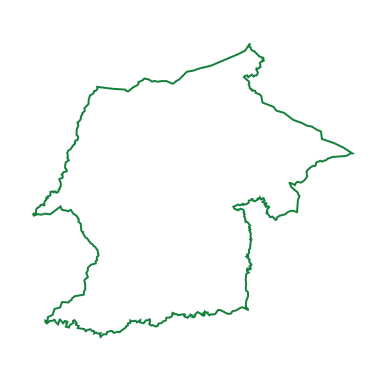 outline of Majune, Niassa, Mozambique, rotated 185°
{"feature_id": "85939544B16952446601864", "entity_name": "Majune", "entity_type": "district", "adm_level": 2, "iso_a3": "MOZ", "parent_name": "Mozambique", "parent_adm1": "Niassa", "projection": "orthographic", "projection_center": [36.348, -13.329], "detail": "fine", "context": "isolated", "style": "outline", "palette": "green", "viewbox_px": 384, "rotation_deg": 185, "n_neighbors": 0, "source": "geoboundaries", "source_scale": "gbopen_adm2", "svg_char_len": 5968}
<svg xmlns="http://www.w3.org/2000/svg" viewBox="0 0 384 384"><g transform="rotate(185 192 192)"><path d="M35.7,244.5L45.0,249.4L54.8,253.1L67.2,256.2L68.7,263.2L69.3,263.7L73.0,264.8L78.2,267.6L83.3,268.1L88.5,270.3L97.5,272.7L107.2,278.9L115.2,280.4L118.1,283.9L129.1,287.1L130.0,288.3L131.2,293.5L133.8,295.5L137.0,296.1L137.8,298.2L139.7,298.6L140.7,298.1L141.4,299.4L142.1,299.3L142.3,300.1L143.4,300.3L144.1,303.0L145.0,304.1L144.4,305.2L144.9,307.0L150.3,310.9L149.3,312.2L147.1,312.9L146.0,311.3L142.6,314.2L140.8,312.4L139.5,313.6L138.2,313.6L137.2,314.9L136.8,316.9L138.6,319.4L138.0,319.8L138.3,320.8L137.0,320.7L135.8,321.5L135.2,322.9L134.7,322.9L135.7,326.7L132.3,328.9L133.3,329.3L133.3,330.3L132.3,331.1L133.3,332.2L134.2,332.0L137.2,333.3L142.4,337.8L144.1,338.1L145.7,339.4L146.3,341.2L147.7,341.7L147.8,342.9L147.2,344.0L147.6,344.3L151.4,337.5L157.4,333.7L184.3,319.4L194.9,315.9L201.6,312.9L207.5,311.4L214.7,302.9L217.3,301.2L219.8,298.5L221.2,298.3L227.3,300.3L232.2,299.8L235.3,298.9L239.0,299.3L241.4,298.5L245.1,300.4L249.3,300.9L251.1,298.9L254.9,296.8L254.7,295.1L255.5,293.9L259.9,291.0L264.1,286.8L266.0,286.8L267.4,288.2L280.7,287.9L295.6,288.5L295.2,286.2L296.8,284.4L298.3,284.1L298.8,281.6L302.0,279.2L303.0,275.0L302.7,270.7L306.4,266.3L306.0,263.2L308.0,261.2L308.0,259.7L309.4,257.3L309.0,255.9L309.9,253.4L312.2,251.1L311.0,248.3L312.3,244.2L312.0,238.8L310.5,237.6L310.1,235.5L310.8,233.7L312.3,233.3L313.1,232.1L312.7,229.9L314.1,228.7L316.8,223.9L318.8,222.5L319.7,220.1L318.7,216.6L319.2,215.0L317.5,212.9L320.4,210.4L320.7,206.2L320.4,204.7L318.8,203.3L318.5,201.8L322.0,200.4L322.4,198.9L323.4,197.9L322.5,197.2L322.0,195.6L322.5,194.6L325.2,193.5L325.2,192.5L323.5,189.7L323.3,185.8L324.3,184.7L324.0,183.4L325.0,182.6L325.1,180.7L326.1,179.9L327.2,179.4L327.9,180.6L329.4,180.4L329.9,179.6L330.9,180.5L333.1,179.6L332.8,176.5L333.7,175.5L335.3,175.1L335.2,173.3L335.7,172.9L336.6,173.4L336.6,171.4L337.8,170.2L338.4,166.9L337.9,166.0L338.8,165.7L339.8,166.5L341.8,165.8L342.1,164.5L345.4,161.9L345.8,159.4L345.4,158.1L346.0,156.8L346.8,156.3L347.7,156.8L348.3,155.8L347.4,154.7L344.0,156.4L339.9,156.3L336.8,157.6L331.3,157.4L321.7,166.1L320.4,163.4L319.2,162.7L315.5,162.6L314.5,162.0L312.9,162.4L311.7,163.5L310.9,163.4L308.8,160.4L304.1,157.6L303.8,156.3L302.4,155.1L302.6,152.6L300.1,150.7L298.9,143.9L297.8,142.7L296.9,142.6L296.8,140.9L294.1,137.4L292.5,136.8L288.9,132.5L286.1,130.9L285.5,129.7L283.8,128.9L281.1,125.9L279.6,120.4L280.9,119.1L281.1,117.0L280.6,115.7L281.8,114.9L281.7,112.4L286.1,110.9L289.1,107.6L289.0,104.5L290.3,102.2L288.3,98.2L291.1,95.5L291.6,93.8L290.6,92.3L289.8,85.6L290.9,83.7L290.9,80.3L299.8,77.9L302.2,75.6L302.6,73.9L304.0,73.1L305.5,71.2L311.9,71.0L313.3,65.5L318.8,63.5L320.2,57.4L324.7,54.7L324.6,51.7L325.4,50.8L326.9,51.1L326.6,49.4L325.0,48.5L322.1,51.3L320.3,51.4L317.8,52.7L316.5,50.6L313.9,48.5L312.7,53.2L312.1,53.4L309.0,50.0L307.5,52.4L305.0,52.0L304.6,51.3L305.9,50.0L305.2,48.4L305.9,46.8L302.8,46.3L302.1,48.8L298.8,51.2L299.3,53.3L297.8,54.1L295.5,51.2L296.2,50.6L295.7,49.3L293.3,48.7L293.9,46.5L287.4,46.0L285.7,44.1L284.4,45.2L281.5,46.4L280.5,46.1L279.7,44.9L277.8,45.0L277.1,44.2L277.2,42.6L275.1,43.6L273.9,42.8L270.7,43.3L271.2,42.0L270.5,39.7L267.7,42.6L265.4,42.6L264.5,43.2L264.5,44.9L261.4,46.4L259.0,46.4L258.4,45.3L257.3,44.9L253.9,46.3L251.8,46.0L251.0,47.2L246.2,51.2L245.7,52.8L244.3,53.5L244.3,55.6L242.3,56.0L242.3,58.5L241.5,57.9L236.9,58.8L235.6,57.3L232.4,59.8L232.6,57.7L228.7,57.0L226.8,60.1L224.7,60.3L223.6,61.4L222.9,61.4L222.5,58.8L223.1,56.7L220.9,55.4L219.7,56.0L216.2,54.8L214.4,55.8L213.9,57.9L210.9,58.8L209.3,60.7L206.8,61.7L206.5,64.5L202.6,65.2L201.8,65.9L200.6,68.0L201.2,69.1L200.5,70.0L198.0,68.8L196.2,68.9L195.4,68.1L189.2,69.6L188.3,69.0L189.0,68.0L188.7,67.4L185.5,66.3L184.4,67.8L183.2,68.2L182.8,69.8L181.2,69.0L180.7,67.4L179.1,67.4L178.1,68.7L178.9,69.5L175.9,72.9L172.0,71.1L171.1,71.6L171.3,70.4L170.3,70.5L169.6,69.7L168.6,71.0L169.4,72.8L168.9,74.0L168.3,73.2L165.9,73.4L165.8,72.3L163.9,70.7L162.5,71.9L160.7,71.7L158.3,72.4L155.8,76.7L153.3,76.8L145.7,73.7L142.7,74.2L141.3,76.8L137.7,77.9L133.0,81.3L130.9,81.4L126.1,79.5L126.0,80.2L128.4,82.1L128.5,88.2L127.0,93.3L127.6,97.2L129.4,98.5L130.0,100.0L130.1,105.6L130.9,109.1L130.8,114.7L130.2,115.7L128.5,116.6L130.4,118.3L130.5,119.7L129.5,119.6L129.5,120.4L128.5,119.8L126.9,120.2L126.9,121.3L127.7,121.6L128.2,122.9L127.7,123.7L126.9,123.8L126.4,124.9L128.7,127.3L129.1,128.6L128.6,129.5L130.1,130.7L130.4,132.5L131.5,131.8L132.3,132.4L131.5,133.3L131.6,134.5L130.8,134.5L129.8,136.6L130.3,139.4L129.3,140.7L129.2,148.7L128.6,149.4L129.9,150.1L129.1,151.2L129.9,152.6L129.8,156.1L130.6,156.8L130.6,157.9L131.5,158.5L130.5,159.7L131.9,160.7L131.3,161.6L132.2,162.4L131.3,163.8L133.7,166.4L135.3,167.4L136.1,166.9L137.0,171.3L137.8,171.7L138.0,174.0L137.6,174.4L138.7,175.6L138.2,176.4L139.2,178.7L142.2,179.6L144.4,177.8L144.9,178.5L145.6,178.2L148.3,179.0L149.5,180.9L144.9,183.5L143.2,183.0L141.6,183.9L140.1,183.6L140.1,184.6L138.4,184.2L136.5,184.8L134.7,186.1L134.6,188.3L132.3,189.1L132.0,190.2L130.9,190.2L130.4,188.7L128.7,188.2L125.6,190.4L126.1,190.9L125.4,191.7L124.0,191.7L123.8,192.4L122.7,190.6L121.9,190.6L121.0,191.9L120.2,192.1L118.9,189.9L120.7,188.2L116.8,187.2L117.0,186.1L118.2,185.8L117.5,185.3L117.8,184.6L117.1,183.7L114.7,184.4L113.8,183.7L115.6,181.0L115.7,178.7L115.1,178.5L115.8,177.3L114.3,176.6L111.8,173.7L109.7,174.5L106.4,171.5L105.3,172.1L105.3,173.8L103.0,175.9L97.4,177.8L94.8,180.3L92.7,181.5L89.7,182.2L85.6,181.1L85.8,193.0L84.6,197.3L86.2,199.3L86.5,200.6L93.5,205.6L95.5,209.4L94.7,209.6L90.0,207.9L89.4,209.8L88.0,211.3L84.0,210.9L82.8,211.9L80.8,213.8L78.6,217.4L79.6,221.4L79.1,223.6L75.5,227.4L73.1,228.7L72.0,228.5L71.0,229.9L70.9,231.9L70.3,232.6L66.6,234.3L65.0,233.6L63.2,234.8L61.4,235.1L60.1,236.8L54.9,239.2L42.3,241.2L39.4,242.6L37.9,244.1L35.7,244.5Z" fill="none" stroke="#15803d" stroke-width="2"/></g></svg>